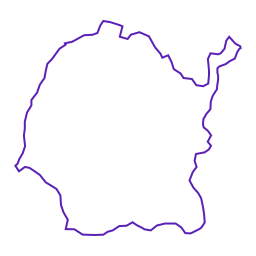 the district of Prastio Avdimou, Limassol, Cyprus
{"feature_id": "46923920B98437819833460", "entity_name": "Prastio Avdimou", "entity_type": "district", "adm_level": 2, "iso_a3": "CYP", "parent_name": "Cyprus", "parent_adm1": "Limassol", "projection": "robinson", "projection_center": [32.781, 34.724], "detail": "fine", "context": "isolated", "style": "outline", "palette": "violet", "viewbox_px": 256, "rotation_deg": 0, "n_neighbors": 0, "source": "geoboundaries", "source_scale": "gbopen_adm2", "svg_char_len": 1598}
<svg xmlns="http://www.w3.org/2000/svg" viewBox="0 0 256 256"><path d="M15.4,165.8L19.0,171.3L24.9,167.0L29.4,167.8L36.0,172.2L39.9,175.0L45.7,182.3L56.4,188.9L60.4,195.4L61.0,204.9L63.4,212.1L67.8,219.8L65.7,229.1L74.4,229.3L82.6,234.6L94.3,235.0L103.3,234.7L105.1,233.5L107.6,231.8L112.7,230.4L119.2,226.1L126.5,225.7L132.6,222.3L136.7,225.1L142.0,227.8L144.5,229.3L150.8,230.4L156.9,225.5L165.1,223.5L175.6,223.5L181.3,227.4L185.3,233.1L190.7,233.4L199.8,228.8L201.5,227.4L204.7,222.5L204.1,214.2L202.9,206.4L201.1,198.1L198.0,192.8L193.4,187.6L189.5,180.5L192.7,172.2L196.6,167.0L194.6,160.6L196.0,154.0L204.8,152.3L208.9,149.4L211.0,145.7L210.1,144.6L207.7,141.7L211.1,135.4L207.8,130.7L203.7,127.4L203.0,124.3L203.4,119.1L206.4,113.9L210.4,109.2L210.8,101.7L212.2,97.2L213.4,94.7L216.9,89.3L217.3,84.9L218.1,80.1L218.1,75.7L217.4,72.6L217.4,68.4L219.2,66.5L225.9,64.0L229.8,61.1L234.8,58.6L237.3,52.0L239.3,48.9L240.6,48.1L240.3,46.3L235.3,43.6L229.2,36.8L226.3,40.6L224.5,48.8L220.7,53.3L218.2,54.3L210.5,53.3L207.9,59.0L209.0,70.4L209.0,75.5L208.2,83.6L203.2,86.2L196.4,85.2L191.9,79.0L183.5,78.0L180.6,73.5L173.8,69.1L171.6,62.2L168.2,55.3L162.3,57.7L160.5,53.8L155.0,47.2L148.9,36.3L139.4,32.2L130.8,34.7L127.6,39.0L119.8,36.7L122.5,26.3L119.3,25.0L110.5,22.2L103.3,21.0L100.3,25.5L97.4,33.0L92.4,34.8L84.2,35.2L72.1,41.8L64.9,43.3L65.6,44.7L59.5,48.7L51.9,59.2L47.4,63.8L45.6,71.6L44.5,78.0L39.8,84.8L37.1,92.6L31.4,100.0L31.4,105.4L27.0,112.6L24.8,121.8L24.8,128.8L23.9,135.6L25.1,146.2L22.7,153.3L19.1,159.5L17.7,163.5L15.4,165.8Z" fill="none" stroke="#5b21b6" stroke-width="2"/></svg>